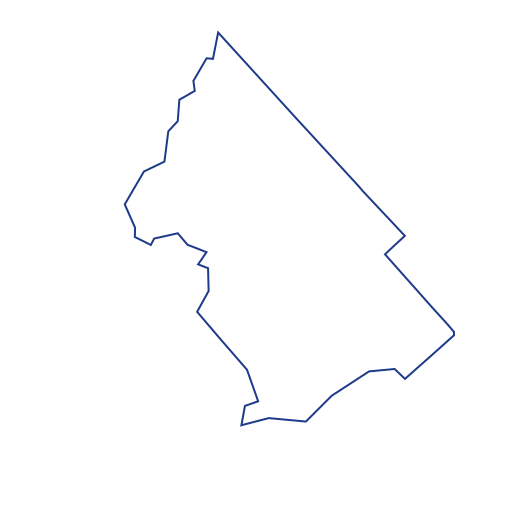 Seminole, Florida, United States of America, rotated 228°
{"feature_id": "52423323B18457012552494", "entity_name": "Seminole", "entity_type": "district", "adm_level": 2, "iso_a3": "USA", "parent_name": "United States of America", "parent_adm1": "Florida", "projection": "orthographic", "projection_center": [-81.235, 28.745], "detail": "fine", "context": "isolated", "style": "outline", "palette": "blue", "viewbox_px": 512, "rotation_deg": 228, "n_neighbors": 0, "source": "geoboundaries", "source_scale": "gbopen_adm2", "svg_char_len": 710}
<svg xmlns="http://www.w3.org/2000/svg" viewBox="0 0 512 512"><g transform="rotate(228 256 256)"><path d="M101.5,218.8L94.6,262.8L79.3,283.4L65.0,284.5L64.7,322.3L64.6,350.1L67.1,352.3L76.2,352.6L100.7,352.5L170.9,353.0L171.1,359.7L171.4,380.1L208.5,379.3L232.9,378.8L238.8,379.0L332.5,378.0L447.4,377.4L431.3,355.9L436.0,351.6L428.0,326.6L419.7,321.0L423.4,303.6L408.6,288.1L407.3,274.2L387.4,251.1L393.8,229.3L382.2,193.0L358.0,185.1L351.2,178.7L334.6,185.2L337.1,192.0L325.2,213.1L310.2,212.6L292.0,221.8L288.5,207.4L279.0,212.2L261.7,197.4L253.9,174.9L215.9,173.9L177.5,173.2L146.6,160.4L152.0,147.5L140.0,131.9L127.0,157.0L99.6,182.3L101.5,218.8Z" fill="none" stroke="#1e3a8a" stroke-width="2"/></g></svg>